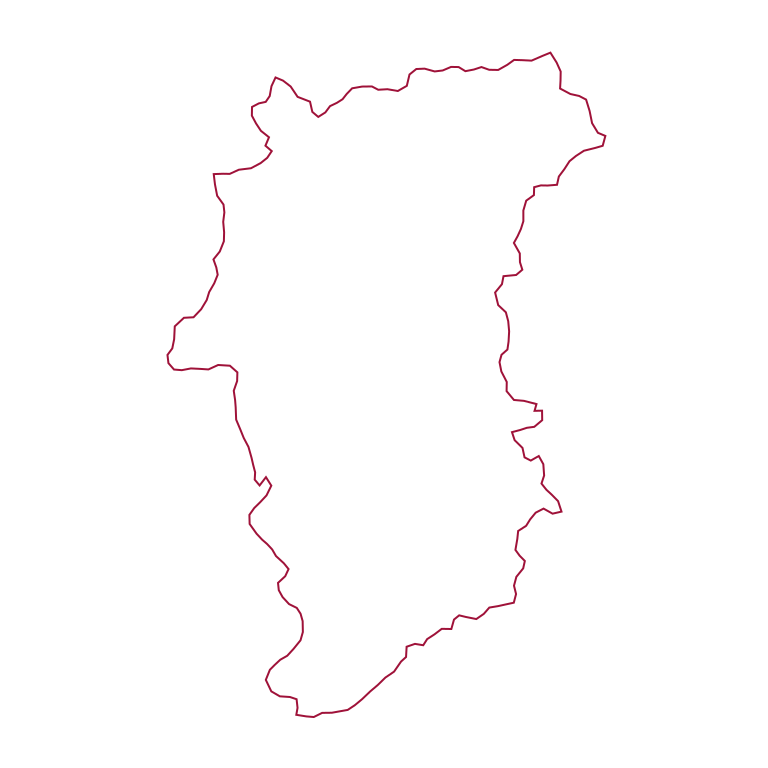 outline of Leandro Ferreira, Minas Gerais, Brazil, rotated 181°
{"feature_id": "56859067B40607892676374", "entity_name": "Leandro Ferreira", "entity_type": "district", "adm_level": 2, "iso_a3": "BRA", "parent_name": "Brazil", "parent_adm1": "Minas Gerais", "projection": "albers", "projection_center": [-45.043, -19.668], "detail": "fine", "context": "isolated", "style": "outline", "palette": "rose", "viewbox_px": 768, "rotation_deg": 181, "n_neighbors": 0, "source": "geoboundaries", "source_scale": "gbopen_adm2", "svg_char_len": 3122}
<svg xmlns="http://www.w3.org/2000/svg" viewBox="0 0 768 768"><g transform="rotate(181 384 384)"><path d="M223.4,718.2L231.1,714.9L242.1,709.9L251.4,710.2L259.6,710.3L266.3,705.3L275.3,700.0L284.3,700.0L292.1,702.6L299.6,700.0L308.1,698.2L314.9,702.2L322.5,702.2L330.8,698.5L338.8,697.4L348.9,700.0L357.2,699.5L363.9,693.9L366.4,682.5L375.3,677.2L385.7,678.8L394.9,678.1L401.3,681.3L411.1,681.0L421.0,679.1L426.4,673.3L430.4,668.0L436.0,664.3L442.8,660.9L447.4,654.5L454.4,649.9L460.4,654.8L462.9,665.0L475.4,669.6L482.5,679.8L490.3,685.6L497.8,688.6L501.7,679.8L503.3,669.9L507.2,664.0L514.0,662.4L520.8,658.7L520.8,650.0L516.5,642.3L511.5,635.0L503.3,628.7L506.7,620.2L500.3,614.9L504.7,608.1L511.1,602.8L520.8,597.4L532.9,595.7L541.9,591.4L548.7,591.4L557.9,590.9L556.5,580.7L554.1,569.3L547.6,560.6L546.6,552.8L547.6,543.3L546.5,532.9L546.6,523.9L550.5,513.6L556.7,505.6L553.7,497.6L552.2,490.3L555.5,481.7L560.4,472.9L562.7,464.9L568.1,455.6L575.6,447.4L585.2,446.7L594.2,438.0L594.6,425.1L596.3,415.9L601.0,409.3L599.9,401.1L594.2,394.8L586.4,394.3L577.3,396.2L568.0,395.9L559.8,395.5L550.2,400.1L538.4,399.6L530.8,393.1L530.9,384.4L534.1,374.6L532.6,365.4L531.9,358.2L531.2,345.8L526.9,336.1L523.3,327.6L518.4,318.7L515.1,307.7L513.4,300.9L511.3,293.4L511.6,286.1L506.6,280.4L500.4,288.8L494.9,280.4L499.5,270.6L505.6,263.8L511.6,257.7L516.3,250.8L515.9,241.7L508.8,232.1L503.1,226.2L498.0,221.9L492.9,216.6L489.0,210.1L481.0,203.0L476.2,197.3L479.4,190.1L486.5,183.3L485.6,176.0L481.7,169.2L475.1,162.3L467.3,158.6L463.4,152.8L461.2,145.5L460.8,134.6L463.0,126.3L469.8,117.6L476.0,110.6L482.9,106.5L488.4,101.2L493.1,96.3L497.0,86.1L491.3,74.7L482.7,69.9L472.6,69.4L465.9,67.3L464.8,58.7L465.9,51.7L455.9,50.3L448.4,49.8L440.1,54.1L430.4,54.4L422.3,56.0L414.6,57.5L407.5,62.4L400.4,68.5L392.4,76.4L384.9,83.0L377.5,90.5L368.9,96.6L362.1,106.8L357.2,111.4L356.8,121.7L348.5,124.7L340.2,123.5L336.4,129.7L329.1,134.6L322.0,140.2L312.4,140.2L309.9,149.7L304.8,154.0L298.1,152.5L287.6,150.6L280.2,155.9L274.8,162.3L266.1,163.9L258.1,165.8L250.4,167.6L248.3,176.3L250.5,184.6L248.3,193.5L241.6,202.1L240.1,209.5L245.4,214.7L249.7,220.4L248.0,231.4L247.3,239.4L239.4,244.7L235.5,251.2L230.1,258.0L222.3,262.2L213.2,257.3L204.3,259.5L207.9,269.9L214.3,276.2L219.8,281.1L224.8,287.2L222.3,295.3L223.3,306.6L228.0,314.7L235.9,310.0L242.2,313.1L244.4,322.5L252.4,330.1L255.2,338.1L247.0,340.4L240.4,342.7L233.0,343.8L225.2,350.6L225.5,360.1L233.0,359.8L231.2,366.6L243.8,369.6L253.8,370.3L261.3,379.0L261.3,388.2L266.9,398.6L268.9,407.9L267.0,415.3L261.2,420.6L260.2,428.5L259.8,438.8L260.9,449.0L263.4,457.8L271.2,464.9L274.5,477.4L267.8,485.9L266.4,493.9L253.8,495.3L247.7,500.7L250.2,508.2L250.5,516.9L256.6,527.3L253.0,534.1L249.8,541.4L247.5,549.2L247.7,559.9L245.0,569.8L237.4,575.5L237.3,583.4L230.6,585.3L223.8,585.3L214.5,586.2L212.8,594.5L207.4,602.0L202.4,610.0L196.0,615.4L188.2,620.7L177.0,623.7L169.5,626.0L167.0,635.9L174.5,638.9L180.5,648.4L183.2,660.6L186.9,671.9L193.9,675.4L202.7,677.2L213.1,682.5L212.8,690.5L212.8,699.5L217.0,708.4L223.4,718.2Z" fill="none" stroke="#9f1239" stroke-width="2"/></g></svg>